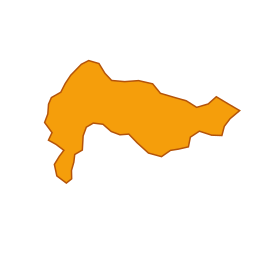 outline of Jandira, São Paulo, Brazil, rotated 127°
{"feature_id": "56859067B1128706111165", "entity_name": "Jandira", "entity_type": "district", "adm_level": 2, "iso_a3": "BRA", "parent_name": "Brazil", "parent_adm1": "São Paulo", "projection": "natural_earth1", "projection_center": [-46.897, -23.541], "detail": "fine", "context": "isolated", "style": "filled", "palette": "amber", "viewbox_px": 256, "rotation_deg": 127, "n_neighbors": 0, "source": "geoboundaries", "source_scale": "gbopen_adm2", "svg_char_len": 803}
<svg xmlns="http://www.w3.org/2000/svg" viewBox="0 0 256 256"><g transform="rotate(127 128 128)"><path d="M46.9,49.3L48.5,62.9L49.9,76.3L60.5,78.4L70.2,85.6L71.2,97.8L75.3,108.4L80.8,123.0L77.9,134.9L83.8,148.1L93.0,158.6L99.9,169.7L98.2,179.4L94.0,190.0L97.8,200.0L105.2,203.6L120.3,205.5L130.2,204.9L139.9,203.2L149.8,207.5L156.8,205.8L165.0,200.5L173.8,197.9L177.4,185.9L185.6,184.2L184.4,175.7L184.4,165.8L191.9,165.8L201.4,164.9L209.1,156.0L209.1,144.1L202.5,142.4L195.9,147.6L187.9,150.7L181.2,154.6L173.1,151.2L161.3,159.1L152.4,161.8L145.0,158.7L140.1,150.3L140.9,139.3L138.3,130.4L132.4,123.7L134.3,111.9L135.7,96.6L130.7,84.0L120.3,80.6L114.4,74.9L106.7,68.4L97.8,72.7L87.6,69.1L83.4,56.9L77.5,48.5L68.7,52.1L59.1,52.1L46.9,49.3Z" fill="#f59e0b" stroke="#b45309" stroke-width="1.5"/></g></svg>